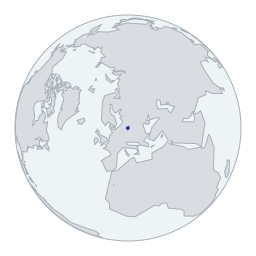 Świętokrzyskie on an orthographic globe, rotated 318°
{"feature_id": "POL-3149", "entity_name": "Świętokrzyskie", "entity_type": "Voivodeship", "adm_level": 1, "iso_a3": "POL", "parent_name": "Poland", "parent_adm1": "", "projection": "orthographic", "projection_center": [20.88, 50.732], "detail": "medium", "context": "on_globe", "style": "filled", "palette": "blue", "viewbox_px": 256, "rotation_deg": 318, "n_neighbors": 0, "source": "natural_earth", "source_scale": "10m", "svg_char_len": 10783}
<svg xmlns="http://www.w3.org/2000/svg" viewBox="0 0 256 256"><g transform="rotate(318 128 128)"><circle cx="128" cy="128" r="113" fill="#eef3f6" stroke="#a8b0b8"/><path d="M55.7,41.6L61.1,37.4L57.9,39.8L61.2,37.3L65.0,34.6L70.3,31.3L79.1,27.2L85.5,26.9L82.4,28.1L84.3,28.1L88.4,26.7L90.6,25.9L102.8,25.7L116.6,24.2L120.6,22.5L120.0,24.0L127.2,20.1L134.5,19.5L126.5,21.1L125.9,21.9L130.9,21.8L131.3,22.7L134.0,23.3L134.1,24.4L129.4,25.5L129.4,26.4L132.9,26.3L135.3,27.6L130.0,27.5L133.5,29.9L126.4,32.6L112.4,32.5L108.6,35.8L94.7,40.7L96.2,41.6L91.8,44.3L91.9,46.4L89.3,46.9L91.6,48.2L93.9,47.3L95.7,47.6L96.0,48.9L92.7,49.7L92.1,49.2L91.3,50.1L89.5,50.0L90.5,50.7L86.5,51.7L90.8,52.6L87.9,54.9L85.2,55.1L85.1,52.6L78.4,47.7L75.6,47.5L71.7,49.5L65.3,58.2L62.4,59.1L58.7,62.2L60.5,62.7L64.0,60.5L66.4,62.3L70.4,59.6L72.0,60.1L76.3,58.5L76.1,61.5L73.5,65.3L69.9,66.8L68.7,68.6L72.4,69.5L66.1,74.8L62.5,82.9L60.8,84.1L56.9,82.0L56.0,75.8L51.0,73.9L54.6,78.0L50.3,81.4L49.8,83.2L50.3,84.8L52.1,84.7L50.7,86.6L46.5,83.0L47.7,81.3L49.0,82.4L48.6,79.6L45.8,77.6L43.8,79.7L41.6,75.1L40.2,76.6L38.9,76.6L41.3,74.5L37.0,78.4L34.1,75.1L28.0,82.2L33.5,73.4L35.2,69.6L36.8,65.8L35.7,66.9L39.1,61.0L39.9,58.6L36.7,62.0L35.1,64.4L41.2,56.2L48.1,48.6L55.7,41.6ZM31.2,70.5L29.4,73.6L29.9,73.1L28.3,76.8L26.1,80.1L22.7,88.5L21.3,92.0L24.1,84.6L27.4,77.4L31.2,70.5ZM19.1,99.1L18.8,100.5L17.6,105.7L18.0,105.7L18.1,108.7L16.9,112.9L17.9,111.8L17.3,116.3L18.2,125.5L17.8,125.8L18.4,138.6L21.0,149.4L21.6,154.4L21.1,155.3L22.5,158.8L22.5,160.1L29.7,174.0L34.9,183.2L35.8,187.3L33.4,187.2L35.6,192.4L31.1,185.5L27.2,178.3L23.8,170.7L20.9,163.0L18.7,155.1L17.0,147.0L15.9,138.8L15.4,130.6L15.5,122.3L16.2,114.1L17.5,106.0L17.9,104.1L18.6,101.3L19.1,99.1ZM26.5,84.0L22.8,96.1L23.3,91.5L23.5,91.8L24.7,88.2L26.6,82.9L27.5,79.3L26.5,84.0ZM28.4,84.3L28.9,82.5L28.7,84.0L28.4,84.3ZM91.6,25.4L88.4,26.6L84.6,27.6L87.1,26.4L91.6,25.4ZM99.0,24.1L97.7,24.8L95.6,24.4L97.0,24.2L99.0,24.1ZM123.3,21.1L120.7,21.4L123.1,20.9L123.3,21.1ZM134.4,23.1L135.0,22.8L136.1,23.3L134.4,23.1ZM76.2,57.1L76.2,57.8L75.4,57.7L76.2,57.1ZM78.0,55.8L76.9,55.1L77.7,54.4L78.3,54.8L78.0,55.8ZM137.2,25.5L138.9,26.4L136.4,25.7L137.2,25.5ZM79.1,56.7L79.0,53.3L80.3,52.1L83.7,52.7L79.1,56.7ZM139.3,27.1L143.3,29.5L145.0,28.9L142.4,32.2L139.9,28.9L136.6,28.0L138.9,27.9L139.3,27.1ZM94.6,46.5L92.1,47.5L93.9,45.6L94.6,46.5ZM95.3,45.3L98.4,39.4L102.3,38.7L100.5,40.8L105.2,39.1L105.6,41.7L103.0,43.1L100.5,43.0L102.5,44.1L95.3,45.3ZM140.4,33.7L140.6,34.6L139.5,33.9L140.4,33.7ZM96.6,47.6L96.9,46.4L100.2,45.7L100.3,48.0L99.2,47.5L96.6,47.6ZM106.3,37.6L108.8,37.5L109.8,39.5L110.9,39.8L105.9,41.7L106.3,37.6ZM98.5,48.3L100.2,49.2L98.8,50.7L96.5,48.7L98.5,48.3ZM101.1,44.6L102.7,44.4L101.8,45.3L101.1,44.6ZM95.0,56.7L95.3,55.1L97.0,54.6L95.0,56.7ZM100.9,49.5L101.3,49.0L102.1,48.6L102.8,49.5L100.9,49.5ZM106.9,43.0L106.8,43.9L109.0,42.4L109.8,43.9L106.3,44.9L108.2,45.2L108.4,45.7L105.3,46.0L106.9,43.0ZM105.8,49.5L101.7,51.5L100.8,54.4L99.2,54.9L100.9,50.2L105.8,49.5ZM105.8,47.4L105.5,48.8L103.6,48.6L102.8,47.6L105.8,47.4ZM111.6,44.7L111.2,42.0L112.0,41.9L111.6,44.7ZM105.9,50.4L106.9,49.9L106.1,50.6L105.9,50.4ZM110.2,46.4L110.0,45.5L110.9,45.4L110.2,46.4ZM109.1,49.8L107.8,50.4L107.1,49.6L109.1,49.8ZM109.9,48.2L111.2,48.3L107.7,49.0L109.7,47.8L109.9,48.2ZM111.1,46.5L111.6,46.1L111.1,46.9L111.1,46.5ZM112.3,52.3L108.0,53.3L106.6,51.6L110.9,50.9L112.3,52.3ZM67.8,192.4L60.2,175.9L63.5,172.0L63.9,165.3L86.8,149.5L91.9,152.5L110.3,152.7L112.7,153.9L110.9,159.6L125.0,167.3L129.1,162.6L141.5,165.5L149.6,164.2L151.8,152.9L138.6,154.9L136.0,149.7L146.3,143.5L157.8,141.8L157.1,139.8L149.6,136.5L151.9,131.8L146.9,134.9L149.2,136.8L146.1,138.9L143.9,137.4L144.8,135.7L141.3,135.3L137.8,143.5L139.7,146.3L130.6,148.4L132.9,153.4L130.5,155.8L125.8,148.5L126.0,145.6L117.4,137.3L116.3,140.4L124.4,148.6L122.0,148.0L120.6,152.6L119.8,148.6L111.3,139.1L102.9,140.0L92.7,149.8L87.7,149.5L83.2,145.8L86.5,134.4L97.3,136.5L98.6,132.8L96.0,126.4L99.5,127.7L99.8,125.5L103.8,126.0L109.2,121.3L113.2,121.2L114.9,114.4L117.2,113.5L115.6,117.7L116.6,120.8L126.6,120.7L128.4,119.2L128.7,114.9L131.5,115.6L130.5,111.4L136.1,109.4L128.4,108.5L128.6,103.7L131.7,99.9L130.4,98.3L125.3,104.5L124.5,107.2L125.9,109.7L122.5,117.3L119.2,118.4L117.5,110.1L112.6,111.0L113.5,104.5L126.8,91.2L132.6,88.4L142.9,93.5L141.8,96.7L137.5,96.3L141.8,100.9L141.3,98.5L143.5,99.2L144.3,95.1L145.9,95.4L143.8,91.1L145.9,91.0L147.2,93.7L150.0,87.9L154.3,86.8L154.1,85.4L152.8,84.2L159.1,83.8L158.7,82.8L156.5,82.5L154.3,80.3L152.8,76.5L155.1,76.5L155.9,77.9L161.0,81.1L162.9,85.0L163.6,84.7L162.6,81.3L156.3,77.4L154.8,75.1L158.0,76.5L156.7,75.8L156.7,74.7L158.7,73.7L155.4,72.0L151.8,60.5L155.5,57.7L158.7,60.0L158.6,52.8L162.7,50.7L160.7,50.4L159.3,47.0L158.0,47.6L156.9,47.2L152.6,39.4L153.4,37.8L149.3,34.5L148.2,34.4L147.4,35.4L142.4,32.2L145.0,28.9L147.2,29.3L147.3,27.2L152.4,28.4L156.7,28.6L162.3,31.5L165.2,31.6L164.9,30.8L168.6,30.6L177.3,33.2L171.6,34.6L158.8,32.4L164.2,33.4L163.4,34.3L165.5,35.5L169.3,36.3L169.4,35.6L177.5,43.5L187.3,49.1L185.6,45.4L187.4,44.5L197.1,48.8L211.0,63.2L213.5,63.1L215.6,64.7L217.5,68.4L214.6,66.0L214.1,67.6L212.1,65.8L214.3,71.2L211.6,69.0L214.6,74.5L216.5,75.0L215.6,70.9L219.4,76.9L222.1,76.4L225.5,79.9L231.5,93.4L232.9,102.1L233.6,103.8L232.6,105.0L233.6,111.1L237.5,113.7L238.3,116.1L238.8,125.9L238.4,124.4L235.6,127.3L236.9,133.9L239.0,133.1L239.9,136.5L239.0,138.9L237.9,136.2L236.9,137.1L235.9,131.8L232.7,127.0L231.7,132.4L230.6,129.3L225.9,127.2L223.8,134.8L221.3,151.1L223.0,159.4L221.2,165.6L214.1,159.2L210.4,152.3L208.1,155.4L200.5,152.6L188.4,160.2L186.4,158.6L184.1,161.0L178.8,161.0L175.6,158.0L172.4,159.6L180.9,167.3L184.2,165.5L186.6,159.9L188.3,163.1L193.5,163.7L188.8,175.6L170.2,191.0L168.0,185.0L151.6,169.2L151.9,166.8L151.8,166.5L151.6,166.1L150.5,170.2L147.5,166.6L156.8,179.0L158.5,184.4L170.0,191.4L169.0,192.8L172.6,193.6L183.5,186.8L183.6,188.9L178.8,200.3L163.3,216.3L165.1,222.0L163.6,226.9L153.5,231.8L153.9,234.2L148.6,235.9L147.9,237.0L143.4,238.6L136.0,239.9L123.9,240.1L123.6,239.6L118.1,237.7L110.7,230.9L114.1,227.5L113.2,224.1L104.4,214.6L106.4,209.6L103.9,207.0L99.0,206.7L96.1,203.3L93.0,202.6L73.8,198.7L67.8,192.4ZM79.3,160.1L78.8,162.1L79.3,160.1ZM170.3,145.4L176.9,143.1L173.2,137.2L175.4,136.0L173.3,134.5L172.9,136.8L167.7,132.6L170.2,129.3L169.0,126.5L166.7,127.1L162.9,133.8L170.3,139.8L169.2,143.3L170.3,145.4ZM18.3,125.8L18.2,127.7L18.0,126.2L18.3,125.8ZM22.5,92.4L22.1,94.3L21.6,95.9L21.8,94.6L22.5,92.4ZM21.3,108.3L21.2,110.8L20.9,108.8L21.3,108.3ZM22.4,97.9L21.3,106.4L20.7,103.1L21.5,97.9L21.5,100.5L22.4,97.9ZM26.9,85.5L26.5,87.0L26.0,87.3L26.9,85.5ZM28.2,85.4L28.3,85.0L28.8,83.9L28.2,85.4ZM50.6,81.6L50.9,81.9L51.0,83.8L50.2,83.3L50.6,81.6ZM56.0,89.9L53.7,92.7L54.8,90.3L53.2,90.1L53.6,85.0L59.9,84.5L57.0,85.5L56.0,89.9ZM55.8,78.3L54.9,81.4L55.6,78.0L55.8,78.3ZM97.3,113.3L98.8,115.2L97.4,117.6L92.3,118.2L94.2,114.7L97.3,113.3ZM101.2,117.2L101.1,109.2L104.3,108.6L102.5,110.3L104.6,110.7L102.4,113.5L105.6,121.1L104.6,123.8L95.6,123.2L99.1,121.8L97.4,120.0L101.2,117.2ZM95.0,91.4L95.0,88.4L101.9,91.0L101.2,93.6L96.0,94.2L93.9,91.6L95.0,91.4ZM85.0,58.6L84.6,57.7L85.5,57.4L86.6,58.0L85.0,58.6ZM95.0,56.0L88.0,62.5L87.1,61.7L84.1,66.8L80.6,66.7L82.7,63.4L77.7,67.3L78.2,64.3L75.1,67.2L80.1,59.8L80.3,57.5L81.4,60.1L84.6,60.2L86.0,59.5L90.3,55.9L92.4,51.0L95.9,50.5L97.9,51.5L97.9,52.5L95.6,52.5L97.3,54.0L94.0,54.8L95.0,56.0ZM118.5,65.5L115.8,64.5L118.7,68.6L115.4,69.0L116.0,69.4L113.7,71.0L111.9,73.7L110.4,73.5L110.3,74.7L108.9,75.8L108.3,77.4L105.3,77.6L104.4,79.6L103.5,78.6L102.7,82.0L102.0,79.6L100.0,80.9L101.8,82.5L87.2,80.9L81.7,82.4L77.4,85.1L76.7,80.8L80.3,75.8L85.8,71.1L91.3,70.4L90.0,68.7L92.2,68.0L92.3,69.6L93.5,66.6L95.3,66.5L100.3,63.0L100.9,59.0L102.7,57.7L103.4,59.2L104.7,56.9L107.3,58.9L108.7,58.0L112.6,59.2L113.1,62.7L114.6,61.6L117.7,62.5L118.5,65.5ZM113.3,52.7L114.8,56.5L113.7,58.7L107.3,55.7L105.7,56.2L101.6,54.6L103.3,51.6L104.3,52.3L105.7,52.3L104.6,53.2L106.5,52.5L108.0,53.5L109.8,53.2L109.8,54.5L113.3,52.7ZM115.2,151.9L117.0,152.2L119.7,152.1L118.9,155.1L115.2,151.9ZM109.3,145.5L110.9,145.3L111.0,149.3L109.2,149.0L109.3,145.5ZM111.6,141.9L110.9,145.0L110.2,143.1L111.6,141.9ZM117.0,117.3L118.7,116.9L118.9,117.9L118.1,119.4L117.0,117.3ZM126.3,78.4L125.0,77.3L125.4,76.7L124.3,73.3L126.7,72.8L128.2,74.7L126.3,78.4ZM149.7,155.3L147.4,157.8L146.2,156.9L147.2,156.2L149.7,155.3ZM132.5,157.1L136.5,158.2L132.2,157.9L132.5,157.1ZM128.7,77.4L128.0,75.9L129.6,76.6L128.7,77.4ZM128.3,72.3L130.2,72.7L126.8,72.4L128.3,72.3ZM181.7,219.9L173.1,229.0L168.2,230.8L167.7,229.5L171.2,224.7L177.2,221.3L180.3,218.0L181.7,219.9ZM239.5,143.7L239.0,145.8L236.0,144.5L237.1,141.6L239.8,138.6L239.7,140.2L240.1,139.1L240.0,140.3L239.5,143.7ZM240.6,131.4L240.6,130.4L240.5,127.4L240.6,125.3L239.2,110.0L239.1,109.3L240.4,120.3L240.6,131.4ZM223.4,159.7L225.7,162.3L224.5,164.6L223.4,159.7ZM237.4,101.8L238.8,108.2L237.2,101.1L237.4,101.8ZM235.8,96.3L236.3,97.6L236.1,97.5L235.8,96.3ZM234.7,105.9L234.7,108.6L234.2,107.6L233.8,103.7L234.7,105.9ZM228.1,83.0L230.2,86.0L230.9,87.5L229.9,86.7L228.1,83.0ZM147.7,72.8L146.6,78.0L147.3,81.8L150.2,83.8L145.7,83.4L144.5,77.6L147.7,72.8ZM151.1,61.9L148.6,60.4L149.9,59.7L150.7,60.0L151.1,61.9ZM149.4,61.9L145.8,62.6L144.6,61.0L147.6,60.7L149.4,61.9ZM137.3,69.8L136.8,71.3L135.5,70.7L137.3,69.8ZM236.2,96.8L236.8,98.8L235.6,94.6L235.9,95.5L236.2,96.8ZM236.7,98.5L236.2,97.0L235.8,95.6L236.7,98.5ZM235.1,93.2L234.5,91.4L234.7,91.9L235.1,93.2ZM234.9,93.9L235.1,93.1L235.8,96.6L233.2,91.2L232.7,89.1L234.9,93.9ZM215.8,61.8L214.5,61.0L213.3,58.9L214.6,60.1L215.8,61.8ZM208.3,52.0L212.6,58.1L215.8,63.4L216.0,62.7L218.8,65.9L217.3,65.7L213.3,60.4L211.2,56.8L208.6,54.6L205.7,51.2L202.8,49.5L200.8,47.7L202.8,48.1L208.3,52.0ZM201.7,49.0L195.5,45.6L194.4,42.9L195.5,43.0L198.8,45.7L199.2,46.9L201.7,49.0ZM193.7,44.0L194.1,45.3L185.8,44.1L183.8,43.3L189.5,42.4L190.1,43.6L192.3,44.4L193.7,44.0ZM141.8,34.4L140.7,34.6L141.2,33.9L141.8,34.4ZM156.2,47.6L154.8,47.0L155.4,46.1L156.2,47.6ZM151.2,44.8L151.5,46.2L150.3,44.7L151.2,44.8ZM152.4,49.3L151.2,46.7L153.7,49.3L152.4,49.3Z" fill="#d9dde1" stroke="#a8b0b8" stroke-width="1"/><path d="M127.4,126.9L127.5,126.9L127.6,127.0L127.8,127.1L128.0,127.3L128.2,127.2L128.3,127.1L128.4,127.3L128.5,127.4L128.8,127.4L129.2,127.4L129.2,127.5L129.2,127.8L129.2,128.0L129.0,128.3L128.9,128.4L128.7,128.5L128.4,128.7L128.4,128.8L128.2,128.8L127.9,128.9L127.8,129.0L127.7,129.0L127.4,129.0L127.4,128.9L127.3,128.7L127.2,128.6L126.8,128.5L126.7,128.5L126.7,128.4L126.8,128.3L126.8,128.2L126.7,128.1L126.7,127.9L126.7,127.7L126.8,127.5L127.0,127.6L127.0,127.4L126.9,127.4L126.9,127.2L127.0,127.2L127.3,127.1L127.4,126.9L127.4,126.9Z" fill="#3b82f6" stroke="#1e3a8a" stroke-width="1.5"/></g></svg>